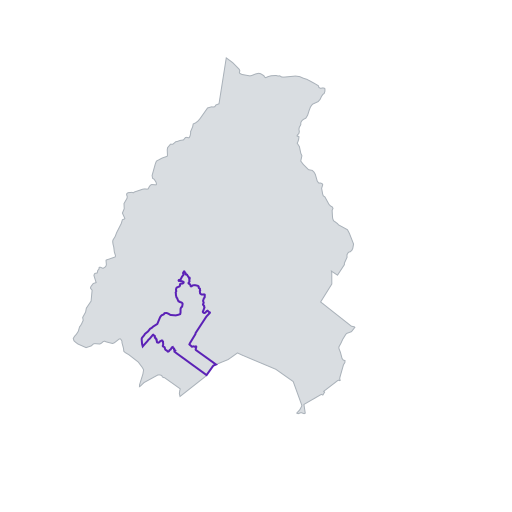 location of Chuquisaca within Bolivia, rotated 36°
{"feature_id": "BOL-1292", "entity_name": "Chuquisaca", "entity_type": "Department", "adm_level": 1, "iso_a3": "BOL", "parent_name": "Bolivia", "parent_adm1": "", "projection": "robinson", "projection_center": [-64.786, -19.94], "detail": "fine", "context": "in_parent", "style": "outline", "palette": "violet", "viewbox_px": 512, "rotation_deg": 36, "n_neighbors": 0, "source": "natural_earth", "source_scale": "10m", "svg_char_len": 9036}
<svg xmlns="http://www.w3.org/2000/svg" viewBox="0 0 512 512"><g transform="rotate(36 256 256)"><path d="M118.4,291.2L117.7,285.0L116.8,283.5L115.3,282.5L114.8,281.3L115.3,280.0L118.1,277.5L119.6,277.0L120.0,275.7L125.1,268.5L126.7,267.0L128.5,266.0L129.3,265.1L128.9,262.4L129.0,260.7L129.6,259.5L133.0,257.4L133.4,257.0L133.2,256.3L131.7,255.0L128.6,253.8L126.6,253.9L124.6,251.9L120.5,240.9L119.8,238.4L119.8,237.4L122.5,231.9L125.5,227.6L125.2,226.6L121.8,222.3L120.8,220.3L121.1,215.8L123.0,214.5L124.0,210.5L124.8,209.9L126.7,207.1L129.1,204.7L129.3,201.7L130.1,200.8L132.2,199.9L132.4,199.1L131.9,197.1L130.9,195.0L130.0,193.9L128.8,188.7L127.6,186.1L128.9,183.8L129.7,181.1L130.0,178.1L129.8,164.7L132.4,161.4L133.7,160.7L134.9,159.5L134.8,157.4L136.6,154.6L115.5,113.2L123.7,113.3L132.6,114.8L134.1,115.7L134.5,117.1L135.5,117.8L137.9,117.4L145.2,113.9L146.3,112.7L148.8,108.8L150.8,106.6L152.7,105.8L156.4,105.5L157.5,106.1L159.0,106.1L160.3,103.8L162.3,101.3L166.1,98.2L168.1,97.4L169.3,96.3L171.5,96.1L173.3,95.0L182.2,87.2L185.9,85.2L190.0,84.3L193.2,83.2L201.1,82.1L206.3,81.6L207.9,82.7L209.7,82.4L211.3,80.7L212.6,80.1L213.5,80.2L214.9,82.2L215.6,84.4L215.1,86.1L215.2,88.5L215.8,91.7L215.5,94.6L212.6,99.8L212.4,101.4L212.5,103.5L213.4,106.9L215.0,111.7L215.3,115.2L214.1,117.5L213.6,119.4L213.7,121.1L214.1,122.3L214.8,122.9L215.2,124.3L215.3,126.2L216.2,128.2L218.0,130.0L218.7,131.8L218.4,133.5L218.5,134.5L219.0,134.9L220.2,134.1L220.7,134.3L222.0,136.7L222.8,139.1L223.0,140.5L226.8,142.0L231.9,146.6L234.2,147.9L236.4,152.9L240.3,154.1L247.7,155.3L251.2,153.7L253.5,154.0L256.0,155.1L261.5,159.4L263.8,160.1L265.4,159.0L266.9,158.6L268.1,159.1L269.3,162.7L273.5,166.7L275.1,167.8L277.0,167.7L284.8,171.4L286.8,171.7L288.9,171.5L290.3,172.2L290.8,174.4L294.3,178.7L295.9,180.5L297.9,181.9L302.9,181.9L304.4,182.3L314.6,181.0L318.4,182.9L327.9,189.0L329.8,192.9L330.2,195.1L329.7,197.3L328.9,198.1L328.6,199.5L328.9,201.6L330.4,203.5L331.7,209.8L332.6,211.1L333.2,223.6L325.9,223.9L327.2,225.1L333.8,234.1L335.3,255.2L373.4,256.7L374.4,256.7L377.2,255.5L377.9,255.6L377.7,261.1L374.9,265.3L374.7,266.7L375.1,272.3L376.0,276.8L376.5,280.9L377.6,282.2L380.9,284.3L385.8,288.3L387.8,288.9L389.5,288.3L390.5,289.9L390.7,292.6L395.1,304.6L395.9,306.2L397.2,307.1L396.9,307.7L395.8,307.9L395.3,308.8L390.3,325.7L391.5,325.8L391.8,329.2L390.3,329.5L389.9,330.2L382.0,347.9L388.2,354.2L387.6,355.3L384.5,356.2L382.8,358.8L381.3,359.1L381.8,354.7L381.3,350.8L380.9,349.9L359.9,335.7L338.6,336.0L303.7,344.2L298.0,345.3L294.3,356.2L285.9,369.7L285.9,383.2L277.1,414.3L274.9,412.4L273.3,409.4L272.9,408.1L272.7,408.0L253.5,408.2L252.5,408.8L251.2,408.8L250.2,408.2L249.2,408.3L247.8,408.9L246.5,410.0L239.8,424.2L238.9,429.3L238.5,430.2L237.4,428.4L233.9,418.0L232.0,414.2L229.8,413.1L223.1,411.0L211.0,410.6L207.1,411.0L205.1,410.8L203.1,408.6L198.5,404.9L197.6,403.7L195.8,402.9L194.8,402.8L194.1,403.6L192.4,409.5L191.4,411.1L185.1,413.6L183.5,413.9L182.6,415.3L182.2,417.3L181.4,419.0L177.0,421.7L176.1,422.8L175.6,425.5L172.4,430.0L163.5,431.9L160.6,431.8L158.6,431.6L156.6,430.1L156.4,427.6L156.7,424.9L156.5,421.3L154.9,417.0L155.0,415.6L154.8,413.5L154.0,409.6L151.9,407.6L151.1,401.5L149.4,397.9L149.1,389.4L143.5,380.0L141.2,379.4L140.7,378.8L140.4,377.4L140.5,373.9L142.3,371.5L136.3,367.0L135.9,365.8L135.9,364.8L137.5,363.0L136.5,360.7L136.6,358.7L135.9,357.8L136.0,357.1L136.6,356.6L139.5,355.9L140.4,353.8L140.5,352.1L140.0,350.9L137.3,347.8L137.2,347.3L142.6,339.6L142.5,339.0L142.0,338.2L139.0,336.0L135.7,332.4L133.4,330.5L131.7,328.7L130.9,327.2L130.6,323.0L129.5,318.9L127.9,308.9L126.6,305.2L127.9,303.2L127.8,302.7L122.7,299.8L121.6,295.2L118.4,291.2Z" fill="#d9dde1" stroke="#a8b0b8" stroke-width="1"/><path d="M287.4,367.3L286.9,368.1L286.1,369.5L285.9,370.2L286.0,381.4L249.1,381.4L246.9,381.3L246.4,381.3L246.4,381.2L246.0,380.8L245.8,380.5L245.9,380.2L246.0,379.9L245.9,379.9L245.6,379.9L245.5,380.0L244.8,380.0L244.6,379.8L244.5,379.3L244.3,379.1L243.9,379.0L243.4,379.0L243.0,379.1L242.7,379.2L242.4,378.9L242.1,378.6L241.8,379.0L241.7,379.4L241.7,380.0L241.9,381.6L241.9,381.8L241.7,382.1L241.6,382.3L241.5,382.8L241.4,383.0L241.5,383.5L241.5,384.2L241.4,384.4L241.4,384.5L241.2,384.9L241.0,385.0L240.8,385.2L240.7,385.2L239.8,385.0L239.5,384.9L238.2,385.1L237.7,385.0L236.9,384.6L236.1,383.8L235.8,383.7L235.7,383.6L235.4,383.6L234.8,383.6L234.1,383.8L233.9,383.8L233.6,383.7L233.4,383.5L232.9,382.1L232.1,381.1L231.6,380.7L231.4,380.5L231.3,380.1L231.2,380.0L231.1,379.9L230.9,379.9L230.6,379.9L230.3,379.8L230.0,379.6L229.9,379.5L229.6,379.6L229.4,379.7L229.2,380.1L229.0,380.5L228.7,381.0L228.5,381.4L228.5,381.8L228.5,382.2L228.5,382.4L228.3,382.7L228.3,382.9L228.2,383.2L228.1,383.4L227.9,383.5L227.6,383.7L227.1,383.9L226.9,384.0L226.7,384.0L226.6,383.9L226.5,383.7L226.4,383.7L226.0,383.5L225.9,383.4L225.7,383.0L225.6,382.9L225.4,382.8L225.1,382.7L224.9,382.2L224.7,382.0L224.6,381.9L224.2,382.0L224.0,381.9L223.9,381.9L223.6,381.6L223.4,381.5L223.1,381.7L222.9,381.7L222.6,381.4L222.3,381.4L222.1,381.4L221.4,380.4L221.2,380.3L221.1,380.2L220.8,380.3L220.5,380.4L220.4,380.4L220.2,380.4L219.8,380.3L219.7,380.2L219.4,380.0L219.2,380.0L218.9,380.4L218.9,380.6L218.6,385.4L218.2,386.9L218.2,387.2L218.2,388.3L218.2,388.8L217.6,394.2L217.5,395.7L215.6,394.2L212.3,390.4L211.9,389.4L211.9,389.2L211.9,388.5L212.1,385.8L212.1,385.6L212.0,385.3L212.0,385.0L212.0,384.7L212.0,384.1L213.0,380.4L213.1,377.1L213.7,375.9L213.9,375.5L214.2,373.9L214.3,373.5L216.1,369.0L214.4,361.9L214.4,361.3L214.4,360.4L214.4,360.1L214.6,359.3L214.7,359.0L214.9,358.8L215.6,357.6L215.7,357.2L215.6,356.7L215.6,356.0L215.7,355.9L215.8,355.8L216.0,355.7L216.6,355.1L217.1,354.7L217.6,354.5L218.3,354.4L218.8,354.2L221.2,354.0L221.6,353.9L226.0,351.2L227.8,349.1L228.6,347.9L228.8,347.6L228.6,347.0L228.1,346.0L226.1,343.2L225.9,342.6L225.8,342.1L225.7,341.6L225.8,341.1L225.9,340.6L226.0,340.4L225.9,340.2L225.7,339.8L225.6,339.6L225.4,339.1L225.1,338.5L224.8,337.9L224.4,337.6L223.7,337.4L223.0,337.4L221.2,338.1L220.7,338.1L220.6,337.9L220.3,338.0L219.9,338.2L219.3,337.9L217.9,337.1L217.5,336.8L217.2,336.5L216.1,336.3L215.7,336.0L215.4,335.7L214.3,334.8L214.0,334.5L213.5,333.7L212.9,333.2L212.5,332.8L212.4,332.5L212.3,331.8L212.2,331.5L212.1,331.2L211.9,331.1L211.2,330.5L210.8,329.8L210.4,328.5L210.4,328.4L210.5,328.0L211.5,326.3L211.6,326.1L211.9,325.8L212.0,325.6L212.0,325.4L211.9,325.1L211.9,324.7L211.8,324.4L211.7,324.2L211.3,323.8L211.2,323.7L211.1,323.3L211.2,323.0L211.2,322.9L212.1,322.0L212.4,321.8L212.6,321.6L212.8,321.4L213.0,320.9L213.1,320.6L213.1,320.4L213.1,320.1L213.0,319.9L212.9,319.8L212.8,319.7L212.7,319.6L212.4,319.6L211.3,319.8L210.8,320.0L208.3,321.4L208.2,321.4L208.1,321.5L207.9,321.4L207.7,321.2L207.7,320.8L207.8,320.7L208.0,320.4L208.5,319.9L208.7,319.7L208.8,319.5L208.8,319.3L208.3,316.4L208.3,315.3L208.4,314.1L208.4,313.8L208.3,313.6L208.1,313.4L207.6,313.1L207.4,313.0L207.2,312.9L207.0,312.6L206.9,312.4L206.9,312.0L206.8,311.1L206.8,310.8L206.9,310.7L207.0,310.6L207.3,310.6L207.5,310.9L207.5,311.0L207.9,311.1L208.1,311.2L208.3,311.3L208.5,311.3L209.1,311.3L209.3,311.4L209.5,311.5L209.7,311.9L209.8,312.0L210.0,312.2L210.3,312.1L211.0,311.8L211.1,311.7L211.3,311.7L211.5,311.9L213.3,312.5L213.8,312.8L214.1,312.8L214.9,312.6L215.0,312.9L215.0,313.1L215.1,313.4L215.3,313.4L215.5,313.3L215.8,313.4L215.9,314.3L216.1,314.6L216.3,314.9L216.6,315.1L216.8,315.2L217.1,315.5L217.2,316.1L217.2,316.9L217.2,317.4L217.5,317.8L217.9,317.9L218.8,317.7L219.2,317.7L219.7,317.9L220.7,318.7L221.0,318.8L221.3,318.8L221.6,318.5L221.8,318.2L221.9,317.4L222.1,317.0L222.3,316.7L222.9,316.2L223.7,315.5L225.0,314.9L226.6,314.3L227.2,314.3L227.6,314.4L227.8,314.6L228.0,315.0L228.2,315.3L228.7,315.5L229.8,315.4L230.2,315.8L230.5,316.3L230.7,316.6L231.0,316.7L231.0,316.8L231.3,317.6L231.5,317.8L232.0,318.2L232.2,318.5L232.6,319.0L232.8,319.1L233.1,319.2L234.3,319.2L234.6,319.1L234.9,319.0L236.5,317.6L237.0,317.4L237.5,317.6L237.6,317.8L237.9,318.4L238.0,318.6L238.5,319.1L238.7,319.5L238.8,319.8L238.8,320.1L238.7,320.5L238.7,321.0L238.8,321.3L239.1,322.0L239.2,322.4L239.4,323.1L239.6,323.4L240.0,323.8L240.5,324.1L241.0,324.4L241.3,325.1L241.4,325.4L241.4,325.8L241.5,326.1L241.6,326.4L241.9,326.6L242.3,326.7L242.9,326.7L243.3,326.8L243.5,327.1L243.7,327.4L244.0,327.7L244.3,327.8L244.5,327.8L244.6,328.0L245.6,331.7L245.6,332.0L245.7,332.3L245.9,332.5L246.3,332.7L246.7,332.7L247.1,332.7L247.5,332.6L247.8,332.4L248.0,332.1L248.2,331.8L248.3,331.5L248.5,329.5L248.8,329.0L249.0,328.7L249.3,328.7L249.9,328.9L250.4,329.0L251.9,328.8L252.1,329.2L251.5,333.7L251.5,335.3L252.4,353.7L252.5,354.0L252.9,354.8L253.8,365.6L254.1,366.7L254.6,366.8L256.1,366.8L257.1,367.1L257.4,367.1L257.6,367.0L257.7,366.9L257.8,366.8L258.2,366.1L258.4,365.9L258.6,365.8L258.8,365.7L259.3,365.6L259.5,365.6L259.9,365.2L260.0,365.0L260.3,364.6L260.5,364.4L261.0,364.5L261.3,365.0L262.0,366.9L262.2,367.2L262.4,367.3L262.6,367.4L287.4,367.3Z" fill="none" stroke="#5b21b6" stroke-width="2"/></g></svg>